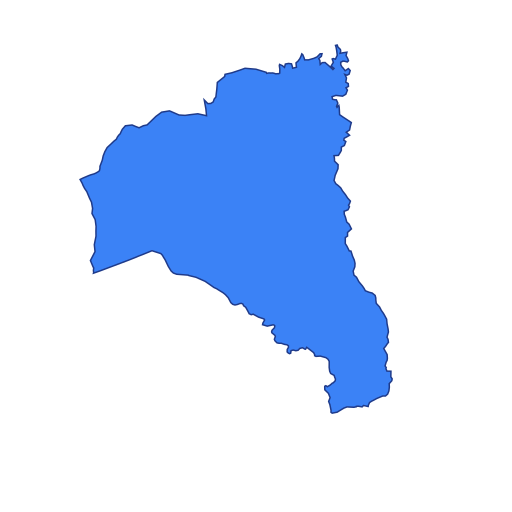 Faranah, Faranah, Guinea (orthographic projection), rotated 339°
{"feature_id": "49546643B80456504828542", "entity_name": "Faranah", "entity_type": "district", "adm_level": 2, "iso_a3": "GIN", "parent_name": "Guinea", "parent_adm1": "Faranah", "projection": "orthographic", "projection_center": [-10.65, 9.821], "detail": "fine", "context": "isolated", "style": "filled", "palette": "blue", "viewbox_px": 512, "rotation_deg": 339, "n_neighbors": 0, "source": "geoboundaries", "source_scale": "gbopen_adm2", "svg_char_len": 5543}
<svg xmlns="http://www.w3.org/2000/svg" viewBox="0 0 512 512"><g transform="rotate(339 256 256)"><path d="M119.2,121.5L119.8,126.0L119.8,128.0L120.2,131.5L121.1,135.3L121.3,142.2L121.7,146.8L120.5,153.0L118.1,157.6L118.9,164.4L117.3,171.1L115.6,175.1L113.7,180.2L109.1,187.5L107.3,194.2L99.8,200.9L100.0,207.6L100.2,209.0L99.5,210.3L98.9,211.6L98.6,213.1L98.1,213.8L105.3,214.0L134.7,214.2L135.9,214.2L144.0,214.1L145.8,214.0L150.3,214.0L160.7,213.8L160.9,213.9L163.5,216.0L168.0,219.6L168.9,221.8L169.2,223.9L169.8,226.9L170.4,234.4L171.4,239.6L172.3,241.4L172.7,242.2L172.9,242.4L173.1,242.6L175.4,244.6L185.9,249.6L186.2,250.1L192.3,254.3L197.1,259.1L199.4,261.4L202.5,265.9L205.5,270.4L207.5,272.4L208.3,273.5L212.1,278.5L213.1,280.2L213.6,281.1L213.7,281.3L214.3,282.9L214.9,284.4L215.1,284.8L215.8,290.5L216.3,291.5L217.0,292.8L218.8,294.2L220.6,294.5L221.3,294.6L223.9,294.6L225.4,295.0L226.1,295.7L226.5,296.1L226.6,297.1L226.6,298.0L228.0,300.1L228.6,304.3L228.9,306.9L228.9,307.4L229.5,308.0L230.5,309.1L231.5,309.2L232.5,309.3L236.5,314.0L240.9,317.6L240.9,318.8L241.0,318.9L238.4,321.1L237.5,322.5L240.6,324.9L241.4,325.5L247.4,326.4L248.2,327.1L248.5,328.0L247.5,329.6L244.3,331.1L243.4,332.4L243.3,333.4L245.2,336.8L245.2,338.1L243.3,340.3L243.3,341.9L244.4,344.5L244.6,344.7L246.4,345.8L248.3,346.5L250.9,348.7L253.1,350.0L254.1,351.4L253.5,353.0L251.7,354.4L250.7,356.7L251.2,357.9L252.3,359.2L253.5,359.2L254.8,356.9L257.0,357.1L258.4,358.1L259.2,358.7L261.5,359.1L263.8,358.0L266.5,358.3L268.3,360.5L268.8,360.8L269.1,360.6L270.6,359.4L271.9,361.4L275.2,366.9L275.4,369.3L275.0,370.1L276.0,371.2L280.2,372.5L284.9,376.0L286.2,378.1L286.6,380.6L285.2,384.2L284.4,386.2L283.5,389.9L283.6,392.0L284.0,392.2L283.6,392.0L283.6,392.4L286.2,395.5L286.0,397.1L286.1,399.3L285.5,400.4L285.2,400.9L282.6,402.1L281.7,402.0L280.8,402.4L278.8,403.1L276.3,403.5L275.8,403.6L275.1,402.6L274.7,402.1L273.6,402.2L273.5,402.3L273.2,402.9L272.3,405.6L272.6,406.3L274.4,410.2L274.4,414.8L271.7,417.8L271.7,421.2L270.7,427.2L270.3,428.0L270.0,428.8L270.8,430.0L275.8,430.9L278.4,430.4L283.5,429.5L284.5,429.5L286.9,429.5L293.2,432.3L295.6,432.7L295.8,432.3L296.3,432.5L296.9,432.6L297.9,433.0L299.5,434.0L301.0,434.9L302.8,434.1L305.0,435.5L306.1,436.3L306.8,436.7L307.4,435.6L309.5,433.5L311.8,433.0L313.9,432.8L317.7,432.3L324.1,432.1L326.7,433.1L329.4,432.1L331.7,429.6L333.5,426.2L334.6,422.9L336.0,422.2L338.1,421.1L339.1,419.5L338.6,417.1L340.7,411.9L337.0,410.4L336.9,407.8L337.6,406.8L337.5,406.4L337.1,404.9L339.4,401.8L341.0,400.4L342.0,398.6L343.1,395.0L342.4,390.2L342.1,388.1L344.4,386.9L347.1,385.0L348.7,384.1L349.4,381.1L349.2,378.8L350.1,377.5L352.4,374.4L353.2,371.2L354.1,366.1L355.3,361.8L354.8,357.8L354.4,355.2L353.5,351.7L353.1,347.9L351.3,343.3L352.1,340.0L352.8,338.1L353.1,335.5L351.2,332.2L348.5,330.3L345.6,327.6L345.3,325.1L344.6,322.1L343.6,319.2L342.8,316.8L342.2,311.8L340.6,309.0L341.3,304.9L344.4,301.5L345.8,298.4L346.3,295.0L346.1,290.7L346.3,287.6L346.4,285.4L344.9,284.7L344.4,279.4L343.8,276.4L346.0,270.8L348.6,270.2L349.9,266.8L354.8,264.9L354.3,259.6L352.9,256.8L353.4,251.9L353.4,248.5L353.6,248.1L354.3,245.8L356.1,245.9L358.5,245.8L360.9,243.5L360.6,241.7L362.0,240.7L363.8,238.6L362.3,234.7L361.5,230.8L360.1,226.3L359.5,222.7L358.0,219.7L356.4,217.1L356.2,215.6L355.9,213.5L357.9,210.5L358.7,209.2L363.8,203.9L365.4,200.2L363.3,195.6L364.2,193.0L364.3,192.6L364.8,190.3L369.0,191.6L371.9,189.4L373.5,188.0L374.7,184.9L378.1,184.5L380.9,181.3L379.5,179.4L380.5,177.7L383.7,177.3L386.6,176.8L384.6,172.8L388.5,171.9L390.6,168.6L392.8,165.6L389.5,160.9L386.7,157.0L384.7,154.0L387.0,146.9L387.3,145.1L384.9,146.3L384.8,145.2L387.2,142.6L387.0,139.0L385.6,138.4L383.6,137.1L384.1,134.5L388.2,134.7L394.1,137.8L397.8,137.2L400.8,133.9L400.3,131.2L403.1,130.8L403.9,128.1L402.1,125.9L404.3,122.2L404.0,118.3L405.7,119.8L408.1,119.6L410.4,116.6L409.6,114.6L409.4,114.1L405.6,115.0L404.7,111.8L404.0,110.2L403.7,107.9L404.5,105.5L405.6,105.4L407.0,105.2L408.7,106.1L410.8,107.6L412.3,106.9L412.4,104.6L411.9,101.1L412.5,100.3L413.9,98.3L410.4,97.5L407.1,96.9L408.5,95.1L408.8,93.4L408.0,91.6L407.4,90.3L407.4,88.1L405.7,87.9L405.6,89.7L404.9,93.3L403.8,97.7L400.7,100.7L398.8,99.3L397.7,99.4L397.6,102.9L396.1,104.1L394.2,105.6L396.1,108.8L394.6,109.5L392.6,105.3L389.8,100.1L387.1,99.2L384.6,100.2L385.7,96.3L385.3,94.2L388.6,93.0L390.1,90.8L388.3,90.2L384.4,92.0L380.8,92.2L375.2,91.7L371.7,90.3L371.9,88.6L371.8,84.8L371.2,83.7L369.4,85.8L367.6,87.5L364.9,89.2L362.6,90.0L362.0,91.9L361.4,94.3L359.6,94.1L357.5,93.8L357.8,92.3L358.0,89.3L355.4,87.9L352.2,87.3L350.2,90.1L348.8,87.7L346.7,85.6L346.0,86.6L345.2,90.1L343.7,93.8L342.6,94.0L342.2,93.7L341.7,93.6L339.7,93.0L338.1,91.7L336.9,91.0L335.1,90.4L333.6,89.7L331.4,89.3L331.4,88.2L322.9,81.6L313.0,76.8L307.6,76.7L299.1,76.3L292.2,75.3L291.1,77.2L282.1,80.1L279.2,86.2L275.5,93.2L273.3,94.4L271.3,96.8L268.5,97.4L265.7,96.5L265.6,96.4L263.6,91.8L261.9,100.8L260.1,107.3L252.7,102.4L246.1,100.7L240.2,99.3L234.7,96.8L228.3,90.5L227.2,89.5L219.5,87.9L212.6,89.8L201.3,94.6L197.5,94.0L192.8,94.4L190.0,91.9L187.3,89.3L180.7,87.6L179.8,88.1L176.6,89.8L174.3,91.9L173.7,92.6L173.4,92.8L173.1,93.2L172.0,93.6L171.0,94.1L169.2,95.3L167.8,96.6L167.6,96.9L164.7,97.8L159.9,99.8L155.9,101.4L152.3,104.4L149.2,107.8L146.8,111.5L144.4,114.2L142.5,116.3L141.7,118.3L140.5,120.1L140.4,120.2L139.6,120.6L138.2,120.9L136.2,121.2L134.4,121.3L130.8,121.0L128.2,121.0L125.8,121.1L122.6,121.2L119.2,121.5Z" fill="#3b82f6" stroke="#1e3a8a" stroke-width="1.5"/></g></svg>